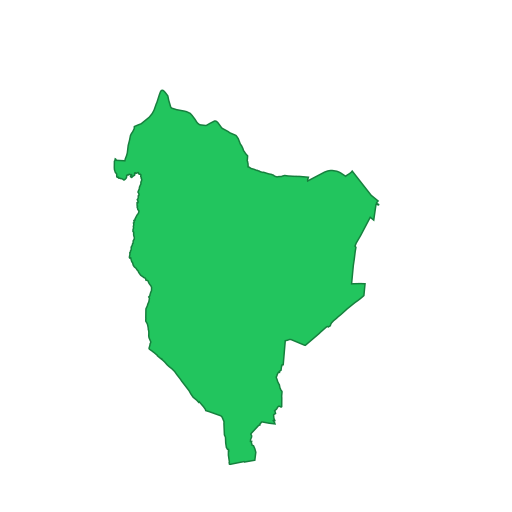 outline of Dragoiesti, Suceava, Romania, rotated 248°
{"feature_id": "2599482B69921637610392", "entity_name": "Dragoiesti", "entity_type": "district", "adm_level": 2, "iso_a3": "ROU", "parent_name": "Romania", "parent_adm1": "Suceava", "projection": "robinson", "projection_center": [26.101, 47.535], "detail": "fine", "context": "isolated", "style": "filled", "palette": "green", "viewbox_px": 512, "rotation_deg": 248, "n_neighbors": 0, "source": "geoboundaries", "source_scale": "gbopen_adm2", "svg_char_len": 6115}
<svg xmlns="http://www.w3.org/2000/svg" viewBox="0 0 512 512"><g transform="rotate(248 256 256)"><path d="M309.4,334.1L313.4,326.3L315.9,320.5L318.3,315.5L319.9,312.8L320.2,310.4L320.1,309.6L321.2,306.6L321.3,305.6L321.6,304.9L323.1,303.1L324.5,302.4L325.1,301.6L325.8,301.0L327.4,298.5L330.8,294.4L331.1,293.3L331.7,292.7L331.8,292.4L332.8,291.3L333.5,290.9L334.1,290.0L334.9,289.3L335.1,289.1L335.2,288.6L337.2,286.6L338.9,284.3L341.1,282.8L341.7,282.0L342.9,282.6L345.1,283.3L345.8,283.3L346.8,283.6L347.3,283.5L348.0,283.6L348.8,284.2L351.9,285.7L352.3,285.7L353.5,285.1L355.8,284.5L357.0,284.3L358.4,283.9L360.6,284.1L363.8,283.9L365.7,283.4L371.4,283.5L373.8,283.0L375.2,282.6L376.1,281.8L380.0,277.9L381.8,276.8L386.9,272.6L387.9,272.1L393.9,270.6L395.6,269.8L396.3,269.0L396.7,268.1L396.2,262.8L395.7,259.2L395.7,258.5L398.5,253.4L399.4,252.5L400.5,251.9L401.9,251.3L405.7,250.6L410.2,249.4L412.9,248.4L415.8,245.7L417.2,243.8L421.4,237.2L424.8,233.1L426.0,232.7L433.1,233.4L437.5,234.2L441.6,233.1L443.4,232.4L444.5,231.7L444.8,231.1L444.9,230.2L443.9,228.8L441.7,226.8L435.3,221.5L434.4,220.5L429.4,216.1L427.0,213.2L424.7,209.1L421.6,199.0L421.7,196.0L421.6,191.7L419.7,190.8L417.3,188.1L416.3,186.5L414.8,184.8L410.4,181.9L406.5,179.0L399.8,175.3L397.7,173.7L394.9,171.1L393.4,170.1L397.0,162.4L398.4,162.2L398.8,161.9L398.1,161.4L397.4,161.0L396.9,160.2L391.2,157.8L389.1,157.1L386.0,156.9L384.7,157.5L383.9,157.4L381.7,156.6L381.2,156.7L380.9,156.9L380.8,157.7L379.7,157.8L379.5,158.1L379.2,158.9L378.5,159.4L378.3,160.0L377.3,161.2L376.1,161.8L375.9,162.1L376.1,163.3L376.9,164.9L377.8,165.7L379.2,166.3L379.2,167.0L379.4,167.3L379.3,167.7L379.0,167.8L378.9,168.0L379.0,168.4L379.3,168.8L379.3,169.0L379.2,169.3L378.6,169.7L378.4,170.0L378.2,170.9L378.0,171.1L377.7,171.1L377.1,169.9L376.6,169.4L376.2,169.7L375.6,169.8L375.4,170.2L375.9,171.4L376.3,172.7L376.3,173.4L376.5,173.8L376.9,174.1L378.0,174.3L378.5,174.8L378.4,175.3L377.7,175.7L377.6,176.0L377.6,177.9L377.5,178.1L376.1,178.1L375.6,178.4L375.1,179.4L374.4,179.7L374.0,179.6L373.4,179.1L372.8,178.9L372.4,178.9L371.8,179.1L371.2,178.7L370.0,178.8L368.6,178.1L368.4,177.7L367.5,176.9L366.0,176.3L363.8,174.0L362.6,173.2L361.6,172.8L361.3,172.2L359.5,170.5L358.0,170.7L356.6,170.5L356.3,170.2L355.8,169.2L355.0,169.1L353.6,168.3L353.3,168.0L352.9,167.1L352.3,167.2L351.6,166.9L350.9,167.3L350.6,167.0L349.8,166.7L349.6,166.5L350.0,165.9L350.0,165.7L349.8,165.5L348.9,165.4L347.9,164.8L347.3,164.7L346.9,164.9L346.7,164.9L346.1,164.4L346.0,164.1L343.7,164.0L343.4,163.8L342.7,164.0L342.1,164.3L341.0,164.1L340.7,163.7L339.9,163.2L339.6,162.9L338.5,161.0L335.8,157.8L335.4,157.6L334.7,157.4L334.6,157.2L334.8,156.7L334.8,156.3L334.6,156.0L333.0,155.8L332.8,155.6L332.5,154.7L331.7,154.7L330.6,154.3L329.3,153.3L327.9,153.0L326.6,151.9L324.8,151.1L324.2,151.4L323.9,151.5L321.3,150.4L321.0,150.4L320.1,150.2L319.2,150.3L317.5,149.5L317.0,149.3L316.8,148.7L316.5,148.4L316.1,147.8L314.0,146.9L313.7,146.2L312.2,145.2L311.3,143.9L310.8,143.7L310.6,143.4L309.3,143.0L308.1,142.2L307.8,141.6L307.6,141.5L306.5,140.8L306.3,140.2L304.9,139.8L302.3,138.1L301.4,138.1L301.3,138.3L301.4,138.6L301.4,139.1L301.1,139.2L300.6,139.0L298.0,138.7L297.1,138.7L295.6,139.1L294.8,138.8L294.1,138.9L293.3,138.7L292.5,138.9L291.5,139.1L289.5,140.2L287.6,140.5L286.7,141.0L284.6,141.1L281.3,141.9L278.9,143.5L278.2,143.8L277.2,144.8L276.6,145.1L276.0,145.1L274.8,144.9L274.6,145.0L274.3,145.8L273.4,146.5L273.0,146.6L272.1,146.5L270.6,146.6L267.5,147.4L265.9,147.4L263.0,146.1L261.7,144.7L260.9,144.1L259.8,143.2L259.0,142.8L258.7,142.4L258.5,141.7L258.2,141.2L256.8,141.4L254.8,140.2L253.6,139.4L251.9,137.6L250.5,136.6L248.4,134.3L247.2,133.7L239.6,130.5L239.2,130.5L238.2,129.9L236.9,129.4L233.9,129.8L232.1,129.6L229.6,129.1L228.2,128.6L226.9,128.5L225.0,127.9L222.1,126.6L220.3,126.2L215.9,126.3L215.2,126.0L214.9,125.7L214.6,125.2L212.7,124.0L210.6,122.3L210.1,122.2L209.5,122.3L204.5,125.4L200.8,127.3L200.4,127.2L195.7,129.7L195.9,130.1L194.8,130.3L192.0,131.6L188.5,132.8L186.0,134.0L182.9,135.8L179.4,137.3L175.6,138.2L170.4,139.7L167.9,140.2L156.1,143.5L152.6,143.9L148.6,144.8L144.6,147.0L141.7,148.1L142.0,148.8L135.8,150.9L132.8,151.6L131.5,151.5L129.1,154.4L121.2,163.3L120.3,163.9L119.3,164.2L114.4,164.3L112.4,163.4L102.0,159.7L99.8,159.8L99.1,159.7L94.1,157.9L89.5,156.8L88.3,157.1L87.5,157.1L87.0,158.0L85.5,157.7L85.6,157.4L81.7,155.8L75.1,154.2L74.5,153.7L72.9,153.4L72.5,154.1L69.9,167.9L69.3,168.1L67.1,178.4L74.1,182.3L77.8,182.7L81.0,182.6L82.1,181.5L85.0,181.9L85.7,182.5L86.2,181.4L88.0,182.3L89.7,184.0L90.8,184.6L91.9,184.6L92.6,184.4L93.0,184.6L93.4,185.3L97.8,194.7L98.0,195.9L97.8,196.2L97.9,196.4L98.7,196.6L100.0,199.3L96.0,205.6L93.2,210.7L94.7,210.8L97.0,210.3L97.4,211.3L96.6,211.3L96.4,211.8L98.9,211.8L102.1,212.8L102.5,213.7L102.6,215.1L104.4,215.4L105.5,215.3L106.4,217.8L107.9,219.7L108.2,220.9L107.6,221.8L106.6,222.6L106.5,223.0L106.7,223.4L114.7,226.7L116.5,227.3L120.4,229.3L121.5,229.2L122.6,228.8L123.7,228.9L124.8,228.8L127.8,229.4L129.1,229.2L131.7,229.0L132.8,229.2L135.9,229.3L136.2,229.4L136.6,229.9L137.3,230.7L137.8,230.9L138.9,232.1L139.9,233.5L139.3,234.2L140.5,235.0L140.7,236.4L144.6,238.6L144.5,238.9L145.4,239.5L145.0,240.5L166.5,251.4L166.1,253.7L166.1,255.6L165.8,256.4L165.4,257.2L155.1,267.6L154.7,268.3L160.2,284.7L160.7,286.2L160.9,286.4L163.8,294.6L163.9,295.5L163.7,296.1L163.1,296.5L163.4,297.7L163.3,298.2L163.5,298.6L164.0,299.2L165.0,300.0L165.7,301.0L167.0,303.8L168.0,307.1L168.8,309.1L169.8,312.4L172.9,320.9L175.8,330.5L176.5,333.6L177.8,338.1L178.9,341.2L189.4,346.7L191.3,342.5L194.4,334.2L210.8,342.7L216.4,346.0L222.9,349.6L226.6,351.9L228.1,351.5L230.5,353.8L235.9,360.8L249.1,376.4L245.2,378.6L258.9,386.6L259.0,386.9L258.9,387.2L257.5,388.5L257.5,388.8L257.7,389.0L258.0,388.9L259.3,387.7L259.8,387.6L260.2,387.7L261.3,389.8L269.2,385.5L298.7,377.0L298.1,376.0L297.4,373.9L296.6,369.4L296.3,369.0L301.3,365.6L302.6,364.5L304.3,362.7L306.8,358.6L307.4,357.0L308.0,354.2L308.1,351.0L306.2,332.0L307.2,332.3L309.4,334.1Z" fill="#22c55e" stroke="#15803d" stroke-width="1.5"/></g></svg>